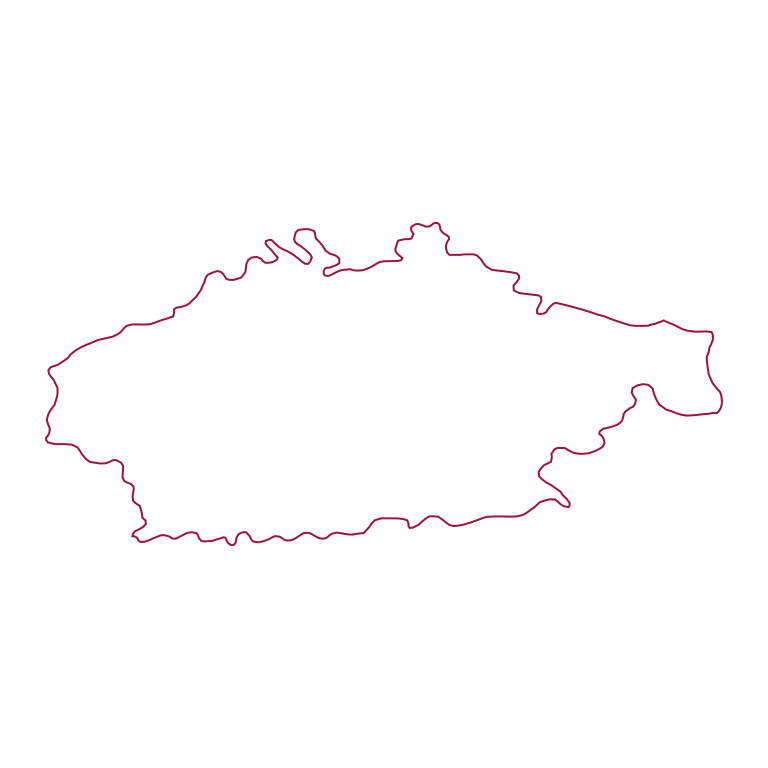 the district of Syanno, Vitebsk, Belarus
{"feature_id": "67162791B30203465956125", "entity_name": "Syanno", "entity_type": "district", "adm_level": 2, "iso_a3": "BLR", "parent_name": "Belarus", "parent_adm1": "Vitebsk", "projection": "equal_earth", "projection_center": [29.908, 54.823], "detail": "fine", "context": "isolated", "style": "outline", "palette": "rose", "viewbox_px": 768, "rotation_deg": 0, "n_neighbors": 0, "source": "geoboundaries", "source_scale": "gbopen_adm2", "svg_char_len": 6086}
<svg xmlns="http://www.w3.org/2000/svg" viewBox="0 0 768 768"><path d="M440.1,227.4L439.3,224.5L437.4,223.0L434.1,223.0L429.6,226.4L425.8,226.6L423.4,225.6L418.2,223.9L415.3,224.3L411.2,227.0L411.2,230.2L413.4,233.9L411.5,238.5L408.3,239.2L404.5,239.2L398.1,240.6L396.0,246.7L395.3,249.2L395.7,251.8L397.9,254.3L400.1,256.2L402.4,258.1L401.0,260.3L397.7,261.0L391.0,261.1L383.6,261.3L379.1,262.3L374.4,264.9L370.8,267.1L367.2,268.7L362.5,270.3L357.2,270.6L353.4,270.3L350.2,269.2L345.4,269.7L340.8,270.3L336.1,272.2L332.6,274.1L329.5,275.6L327.8,275.9L324.7,275.4L323.7,273.5L323.7,271.1L324.9,268.6L327.3,267.6L329.9,267.6L332.5,266.5L336.4,265.1L339.2,263.2L339.4,259.1L337.3,256.7L334.7,255.2L329.9,253.7L325.7,250.8L322.6,245.8L319.7,242.3L315.7,238.2L315.4,235.8L314.7,232.3L313.7,230.8L308.5,229.1L303.5,229.2L298.1,230.1L295.7,232.6L294.7,236.0L294.2,238.9L294.7,241.3L296.6,243.6L300.7,246.1L305.2,249.6L310.4,254.5L311.8,257.5L310.4,261.1L308.3,263.8L305.2,263.8L302.3,261.9L299.3,259.4L296.7,257.3L293.3,254.8L291.6,253.5L286.9,251.0L284.0,249.8L279.7,247.5L276.9,245.3L274.0,242.4L271.5,240.0L269.5,239.9L266.0,241.0L265.5,243.4L267.1,245.9L270.5,249.1L272.9,251.8L275.8,255.4L277.7,257.5L277.2,259.2L274.6,261.1L272.2,262.3L267.9,262.8L265.1,262.7L262.7,261.0L261.3,258.9L257.2,257.0L253.7,257.2L251.2,257.8L248.2,259.9L246.3,264.3L245.8,269.1L245.3,272.1L242.5,276.0L240.8,277.8L235.9,279.2L233.7,279.9L229.4,279.9L226.3,278.9L224.9,276.4L222.8,273.5L220.6,271.8L217.3,271.1L213.0,272.4L207.8,274.8L205.9,277.3L204.7,280.8L204.3,282.4L202.2,286.4L201.4,289.1L198.8,293.0L196.2,296.8L192.2,300.5L189.6,303.2L186.5,305.2L181.3,306.9L176.6,307.6L174.0,309.3L174.2,312.0L173.2,316.4L167.9,318.2L160.0,320.7L155.1,322.6L149.8,324.3L144.7,324.5L140.3,324.5L136.1,324.4L131.9,324.5L126.8,325.8L124.3,327.8L122.6,330.0L120.8,332.1L117.3,334.4L112.6,336.7L107.6,337.9L102.8,338.9L97.6,340.1L94.3,341.6L86.7,344.7L81.8,346.8L76.1,350.1L70.4,354.5L68.3,357.6L63.1,361.4L57.6,364.9L50.7,367.2L48.4,370.1L48.9,373.5L51.0,376.8L53.7,379.9L55.1,383.0L57.5,387.7L57.5,393.9L56.6,398.1L55.4,401.9L54.5,404.9L50.0,410.9L48.4,414.0L46.8,419.6L47.7,423.2L48.4,425.0L49.7,428.0L49.7,430.3L49.2,433.1L48.0,435.5L46.1,437.9L46.2,440.2L48.0,442.5L55.2,444.1L60.1,444.1L66.3,444.2L71.7,444.6L77.5,447.4L79.8,450.6L81.7,453.9L85.8,458.9L90.1,462.0L100.2,463.5L105.5,463.3L109.5,461.9L113.1,460.1L116.4,460.2L121.1,462.7L123.0,465.8L123.2,468.2L122.8,472.1L122.6,474.7L122.6,477.4L124.2,481.0L127.6,482.8L130.9,483.9L133.5,486.6L133.7,489.1L132.6,496.2L133.1,501.0L136.7,504.0L139.7,505.7L140.9,509.7L141.9,513.6L142.4,517.8L145.5,520.4L145.9,524.0L143.1,526.9L139.4,529.1L134.9,531.3L133.0,533.8L132.5,536.3L134.5,536.3L137.1,537.8L138.5,540.4L140.4,541.9L144.2,541.9L149.2,540.2L153.1,538.4L160.2,535.5L163.8,535.1L168.8,536.3L173.0,538.7L175.9,538.7L181.4,535.8L187.1,532.9L191.8,532.2L196.6,533.2L198.2,535.8L199.0,538.4L201.6,541.1L205.4,541.4L212.5,540.8L216.1,539.6L220.1,538.4L222.8,537.5L223.9,537.3L225.6,538.0L226.8,541.0L228.3,543.2L230.9,545.0L233.9,544.8L235.6,542.7L236.3,538.9L237.1,536.6L238.4,534.3L241.0,532.8L243.9,532.2L246.3,532.4L248.2,534.5L249.9,536.4L251.0,539.1L252.8,541.3L256.0,542.1L259.1,542.2L262.2,541.5L264.5,540.8L269.4,539.0L272.0,537.4L274.8,536.2L276.7,536.2L279.9,536.8L282.9,538.7L284.3,539.9L286.8,540.5L290.6,540.4L294.0,539.2L296.2,537.8L299.7,535.6L301.8,534.1L303.8,533.0L306.9,532.8L309.4,533.0L312.1,534.3L315.6,536.4L318.2,537.8L320.9,538.5L324.3,538.5L326.2,538.0L328.5,536.3L329.5,535.2L332.9,533.4L336.9,532.6L339.8,532.9L344.1,533.8L346.4,534.1L349.3,534.5L353.3,534.5L355.1,534.1L358.5,533.6L363.8,533.0L369.2,527.1L371.5,523.7L374.7,520.3L381.2,518.3L388.6,518.3L398.2,518.4L403.0,519.0L407.3,520.3L408.5,523.8L408.5,525.9L409.6,527.9L412.7,527.7L418.7,524.7L422.8,520.9L426.6,518.0L429.1,516.4L433.5,516.3L438.2,516.7L442.0,519.2L445.9,522.5L449.3,524.9L454.0,526.1L457.9,525.7L462.4,524.9L470.7,522.5L477.4,520.1L483.0,518.0L487.2,516.8L494.7,516.5L501.5,516.4L508.3,516.6L512.7,516.6L516.6,516.4L521.6,515.3L524.9,513.9L528.1,511.7L534.9,506.8L539.5,502.4L544.3,500.6L549.7,499.3L555.0,499.5L557.5,501.4L560.3,503.9L563.5,506.1L568.4,507.1L569.6,505.6L569.7,503.1L566.7,498.9L562.7,495.1L560.6,491.8L555.7,488.3L552.0,485.6L546.6,482.6L541.8,479.1L539.0,476.2L538.7,471.9L540.7,468.7L544.1,465.1L551.0,461.8L551.8,457.6L551.5,453.7L554.6,449.2L557.7,447.9L565.0,448.1L568.4,450.2L572.6,452.4L576.7,453.5L582.5,453.9L588.9,453.2L596.0,450.7L599.9,448.6L602.7,446.6L604.4,443.4L604.0,439.8L601.9,435.9L599.2,433.9L599.7,431.5L603.0,428.8L609.3,427.4L613.6,426.1L617.5,424.6L620.1,422.8L621.9,420.9L623.2,417.1L623.6,414.3L625.3,411.5L630.6,407.8L633.2,406.7L635.0,404.0L636.0,399.7L633.7,396.4L631.7,392.8L632.6,388.0L637.7,385.3L642.9,384.2L648.1,384.8L650.7,386.7L652.8,388.8L653.2,391.2L654.6,395.3L655.9,398.5L657.3,401.3L659.4,404.9L663.2,407.3L665.9,409.5L672.7,411.7L675.5,412.9L680.9,414.6L686.4,415.6L694.4,415.2L700.3,414.5L708.0,413.8L714.0,412.8L716.8,413.2L718.8,411.3L720.7,408.0L721.8,404.4L721.9,401.2L721.3,395.6L720.1,392.1L716.2,387.7L712.3,382.7L708.7,374.2L707.6,367.0L706.9,361.0L706.7,357.0L708.8,351.9L709.5,347.3L711.1,344.4L712.9,339.6L713.0,337.4L712.7,334.6L711.6,332.1L706.4,331.4L700.7,331.6L695.1,331.7L687.5,330.7L682.1,329.0L674.1,324.9L664.3,320.9L663.8,320.4L661.0,321.6L654.5,324.0L651.2,324.6L647.8,325.7L641.9,325.9L636.5,325.9L630.0,325.3L625.6,324.0L614.9,320.4L610.1,318.7L605.1,316.6L596.8,314.3L591.7,312.5L582.6,309.7L568.9,305.9L561.1,304.0L555.9,302.9L553.5,303.6L550.0,306.7L547.3,310.2L546.2,312.1L543.5,313.6L539.5,314.0L537.1,313.1L537.1,309.4L541.4,300.8L541.1,297.1L538.6,295.4L524.9,293.8L518.7,292.9L513.8,290.4L513.5,285.6L517.0,281.6L519.2,278.3L518.9,275.4L516.7,273.3L510.8,272.2L505.1,271.4L491.9,269.9L486.0,266.4L483.5,263.3L480.8,259.1L476.5,255.1L472.7,254.3L465.7,254.3L459.5,254.9L449.5,254.9L447.1,252.4L446.0,248.2L446.0,245.2L447.4,241.5L449.0,239.2L448.7,236.7L446.3,235.0L443.6,233.3L442.0,231.9L440.4,229.5L440.1,227.4Z" fill="none" stroke="#9f1239" stroke-width="2"/></svg>